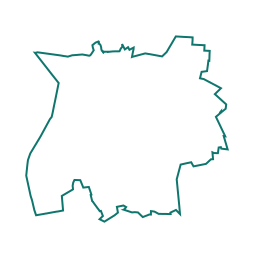 the district of Aramberri, Nuevo León, Mexico, rotated 187°
{"feature_id": "50627088B96452215703720", "entity_name": "Aramberri", "entity_type": "district", "adm_level": 2, "iso_a3": "MEX", "parent_name": "Mexico", "parent_adm1": "Nuevo León", "projection": "orthographic", "projection_center": [-99.903, 24.223], "detail": "fine", "context": "isolated", "style": "outline", "palette": "teal", "viewbox_px": 256, "rotation_deg": 187, "n_neighbors": 0, "source": "geoboundaries", "source_scale": "gbopen_adm2", "svg_char_len": 2698}
<svg xmlns="http://www.w3.org/2000/svg" viewBox="0 0 256 256"><g transform="rotate(187 128 128)"><path d="M140.0,32.2L130.7,39.7L127.7,42.8L129.4,48.4L123.1,50.5L120.2,49.3L120.7,48.4L121.2,47.6L121.5,47.4L121.6,47.2L121.6,46.9L121.9,46.6L122.3,46.4L121.2,46.2L120.8,46.1L113.7,44.7L111.0,45.3L107.8,45.4L102.5,41.4L97.4,44.1L96.9,44.4L96.4,44.7L95.6,44.8L94.7,44.9L94.8,45.5L94.9,46.5L95.1,48.3L92.7,48.3L91.4,48.2L87.1,46.5L80.1,47.3L79.4,47.4L78.8,47.4L77.7,47.5L76.8,47.6L75.2,47.8L75.6,49.2L73.7,50.4L73.6,50.5L73.2,50.7L70.4,52.5L65.9,48.9L67.7,57.3L73.4,83.0L71.3,98.1L66.6,99.8L61.1,101.7L58.3,97.9L49.5,100.8L46.2,101.9L44.9,103.4L41.9,107.0L39.8,107.4L41.2,114.1L39.7,113.6L35.7,114.0L35.6,119.7L33.5,120.3L32.9,118.9L26.5,118.9L32.0,131.6L30.5,131.6L42.1,149.8L41.3,150.7L40.7,151.3L40.1,151.9L39.9,152.2L39.8,152.3L38.0,154.2L38.5,154.6L38.2,155.2L37.8,155.8L37.8,155.7L37.2,155.1L33.4,159.0L33.4,162.4L33.4,163.4L44.2,171.0L45.9,172.2L40.6,178.8L41.6,179.2L58.8,185.8L62.6,186.1L61.8,192.7L56.5,194.1L56.4,200.6L56.4,204.7L55.5,204.6L55.8,208.3L56.0,210.4L56.3,214.5L61.7,214.1L62.1,219.5L68.6,219.0L73.2,218.7L74.4,218.6L74.6,222.7L74.7,223.7L74.9,225.8L75.2,225.8L78.6,225.6L83.8,225.2L87.0,225.0L88.8,224.9L91.7,224.7L95.8,215.2L96.0,214.8L98.9,208.1L102.9,203.2L114.7,203.9L119.4,204.1L119.6,204.1L120.1,204.1L131.0,199.7L131.3,199.6L131.7,199.5L132.7,199.0L132.5,202.1L132.5,202.5L132.1,206.9L132.2,208.5L136.1,205.8L137.1,207.2L137.8,208.2L140.7,205.6L144.1,210.6L143.5,208.0L144.9,205.9L145.2,204.8L145.8,203.1L152.3,202.2L156.2,201.3L156.9,201.1L156.9,201.3L160.9,200.8L161.6,199.8L162.1,200.2L162.6,201.4L163.4,201.5L164.0,202.8L164.2,203.5L164.5,204.9L164.8,205.5L165.3,206.8L166.5,208.0L167.4,208.1L167.3,209.8L167.8,210.3L170.6,208.8L173.4,205.9L173.1,204.8L172.7,203.6L171.9,201.8L171.5,201.0L172.5,198.9L173.6,196.7L174.3,195.6L175.3,195.0L178.1,195.2L182.3,195.4L185.7,194.7L189.5,193.9L192.2,193.4L196.4,191.5L198.3,191.6L200.2,191.6L204.0,191.8L226.4,192.1L227.0,192.1L229.2,191.3L229.5,191.3L221.0,182.8L210.7,172.5L202.3,164.2L202.8,157.7L203.7,146.0L204.0,142.6L204.7,133.5L204.9,131.6L205.1,129.7L206.6,127.2L213.8,108.9L218.5,98.4L221.9,90.8L223.4,83.9L223.4,79.5L223.4,78.6L223.2,68.3L216.4,48.8L215.8,47.5L214.6,44.9L214.4,44.5L211.0,35.2L208.6,30.2L201.6,32.3L199.1,33.1L198.9,33.1L196.1,34.0L189.0,36.2L187.4,36.6L182.4,38.2L185.4,52.5L175.1,60.4L175.9,63.9L175.7,67.2L174.8,69.9L169.0,70.4L165.1,63.4L159.7,64.7L157.5,60.1L156.2,57.4L156.9,57.0L154.6,51.0L153.8,50.6L153.6,50.2L151.0,47.4L150.9,47.3L150.6,47.0L150.3,46.7L148.1,44.3L147.8,44.1L145.9,42.0L144.8,42.4L142.2,37.6L145.1,34.0L140.0,32.2Z" fill="none" stroke="#0f766e" stroke-width="2"/></g></svg>